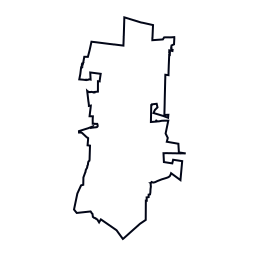 Venado, San Luis Potosí, Mexico (Mercator projection), rotated 268°
{"feature_id": "50627088B34430901612565", "entity_name": "Venado", "entity_type": "district", "adm_level": 2, "iso_a3": "MEX", "parent_name": "Mexico", "parent_adm1": "San Luis Potosí", "projection": "mercator", "projection_center": [-101.049, 22.921], "detail": "fine", "context": "isolated", "style": "outline", "palette": "ink", "viewbox_px": 256, "rotation_deg": 268, "n_neighbors": 0, "source": "geoboundaries", "source_scale": "gbopen_adm2", "svg_char_len": 3787}
<svg xmlns="http://www.w3.org/2000/svg" viewBox="0 0 256 256"><g transform="rotate(268 128 128)"><path d="M217.3,168.6L217.3,167.3L215.3,165.9L214.9,155.4L217.2,155.5L217.3,155.6L230.0,156.6L232.6,146.6L233.0,144.7L238.3,129.4L238.7,128.2L220.3,127.0L219.8,126.9L219.5,126.9L219.1,126.9L210.5,126.3L212.0,117.0L212.0,116.5L212.2,115.5L212.3,114.7L212.5,113.4L212.7,112.1L214.8,99.1L215.5,94.5L207.2,92.4L200.5,90.4L200.7,86.8L195.7,85.7L195.3,85.8L195.1,85.5L194.3,85.4L193.9,85.3L193.9,84.4L193.6,84.4L193.2,84.3L193.0,84.9L192.6,84.8L192.5,84.1L192.2,84.1L190.7,83.7L190.4,84.3L189.6,83.6L189.8,83.2L183.5,82.2L178.3,81.0L177.8,85.1L177.4,87.6L177.7,87.7L177.7,88.1L177.7,88.4L177.5,88.6L177.5,89.6L177.8,90.1L177.9,90.4L177.9,91.0L177.9,91.6L177.7,92.3L184.8,92.2L184.7,92.8L183.1,102.6L176.1,101.3L175.6,101.3L175.8,99.6L165.4,99.2L165.2,96.0L164.7,95.9L164.7,95.7L164.8,95.6L164.9,95.4L164.9,95.2L165.0,95.0L165.0,94.9L165.0,94.7L164.9,94.6L165.0,94.5L165.1,94.4L165.1,94.2L165.1,93.9L165.1,93.7L165.3,93.3L165.3,93.1L165.4,92.9L165.4,92.7L165.3,92.4L165.3,92.2L165.2,92.0L165.2,91.9L165.2,91.7L165.2,91.4L165.2,91.2L165.2,90.9L165.3,90.9L165.3,90.7L165.3,90.4L165.3,90.2L165.4,89.9L165.5,89.8L165.6,89.7L165.8,89.5L165.8,89.4L165.9,89.2L166.0,88.9L166.2,88.7L166.3,88.7L166.5,88.5L155.4,89.4L155.2,89.5L153.8,89.6L153.4,89.6L153.0,89.7L152.8,89.7L152.2,89.7L151.8,89.7L151.4,89.7L151.7,91.6L150.1,91.4L149.3,91.3L141.1,90.0L140.9,93.3L137.6,93.0L133.5,92.9L133.4,94.9L133.3,95.0L133.2,96.6L133.2,97.4L132.2,97.7L131.9,97.7L131.0,97.8L130.6,97.6L130.0,97.0L129.9,96.4L129.8,95.7L129.8,95.1L129.7,93.8L129.6,93.1L129.6,92.5L129.5,91.8L130.7,92.5L129.1,88.0L128.9,87.2L126.6,78.9L125.2,78.9L125.1,81.2L124.6,82.0L124.2,82.4L120.3,86.3L120.0,86.8L119.6,87.2L119.6,87.5L119.3,87.8L119.1,87.8L118.0,87.7L112.1,87.0L111.7,89.4L97.9,88.5L96.7,88.3L95.9,87.3L94.7,87.0L94.2,86.8L93.3,86.8L92.6,86.6L91.7,86.2L91.3,85.9L90.6,86.0L89.1,85.4L88.5,84.9L87.8,84.6L87.4,84.3L87.1,84.3L86.8,84.2L86.2,84.1L85.5,84.0L85.2,83.7L84.8,83.6L80.1,81.7L79.9,81.7L72.8,81.3L72.6,80.5L72.5,79.7L72.3,79.1L64.3,75.1L48.4,71.2L46.5,72.6L44.9,73.8L45.9,87.7L45.2,88.2L44.1,88.8L43.4,89.5L40.4,89.8L40.2,90.2L39.5,90.8L39.0,92.3L38.8,92.6L38.5,92.6L37.6,94.2L37.1,94.4L34.7,95.8L35.2,96.1L37.6,97.7L33.0,103.9L26.2,113.0L23.8,114.6L17.3,119.0L17.7,119.6L26.1,129.7L31.9,136.7L35.5,142.5L54.8,143.3L54.7,144.2L58.0,144.2L58.2,146.2L60.7,146.3L60.8,146.9L60.9,147.7L62.8,148.1L66.3,148.4L68.5,148.8L70.8,148.7L71.9,148.8L72.0,148.7L72.0,148.8L72.4,148.9L72.6,149.3L72.9,149.5L73.2,149.7L72.9,150.4L72.7,150.9L72.6,151.1L72.6,151.8L73.0,153.4L73.7,154.9L74.1,155.9L75.5,159.9L76.5,163.7L76.9,165.1L77.3,166.3L77.8,167.2L78.3,167.9L78.7,168.3L79.3,168.6L80.7,169.3L81.3,169.5L74.1,178.6L93.0,181.0L94.7,172.0L91.1,171.0L92.7,162.7L101.6,162.6L101.5,165.9L101.5,166.1L100.8,179.7L100.8,180.0L100.8,180.6L100.8,181.0L100.6,184.8L101.8,178.0L110.5,177.8L112.9,166.3L116.7,167.4L121.2,165.4L133.9,168.5L134.1,162.4L133.6,159.3L133.5,157.1L133.9,156.9L134.1,156.8L134.3,156.8L134.4,156.7L134.5,156.5L134.4,156.4L134.2,156.4L133.8,156.3L133.7,156.2L133.4,156.1L133.2,151.1L146.0,151.8L150.0,152.0L150.0,152.5L150.8,152.7L151.2,157.5L147.6,158.2L145.1,155.5L142.1,154.0L138.8,163.7L136.8,168.4L139.8,168.8L139.8,164.8L151.2,165.5L153.3,165.6L172.0,166.7L174.0,166.8L176.4,167.0L178.6,167.1L179.9,167.2L179.4,170.3L179.9,170.3L180.7,170.4L181.1,170.4L182.8,170.5L185.8,170.7L187.2,170.8L188.8,170.9L199.1,171.7L199.6,171.7L199.5,172.3L201.9,172.5L202.0,171.8L202.7,171.9L203.1,171.9L204.2,172.0L203.4,175.1L204.6,175.3L205.1,174.0L206.5,174.2L206.6,173.9L209.0,174.4L210.0,176.9L214.8,177.3L215.8,177.4L217.2,177.4L217.1,174.5L217.1,173.2L217.2,171.3L217.3,168.6Z" fill="none" stroke="#020617" stroke-width="2"/></g></svg>